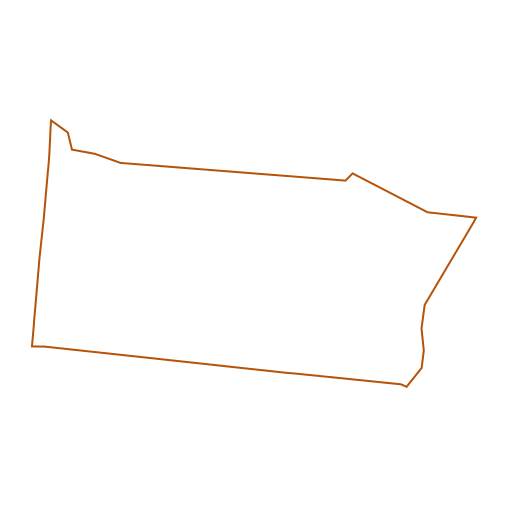 the district of Granville, North Carolina, United States of America, rotated 275°
{"feature_id": "52423323B28325681082817", "entity_name": "Granville", "entity_type": "district", "adm_level": 2, "iso_a3": "USA", "parent_name": "United States of America", "parent_adm1": "North Carolina", "projection": "mercator", "projection_center": [-78.632, 36.282], "detail": "fine", "context": "isolated", "style": "outline", "palette": "amber", "viewbox_px": 512, "rotation_deg": 275, "n_neighbors": 0, "source": "geoboundaries", "source_scale": "gbopen_adm2", "svg_char_len": 579}
<svg xmlns="http://www.w3.org/2000/svg" viewBox="0 0 512 512"><g transform="rotate(275 256 256)"><path d="M373.2,40.1L364.0,40.2L363.8,40.3L337.8,41.3L324.6,41.4L322.4,41.3L274.0,41.3L240.9,40.6L235.3,40.5L230.8,40.5L187.9,40.6L171.7,40.6L167.0,40.7L146.4,40.7L147.3,53.5L142.3,294.8L142.3,307.3L142.2,313.3L140.8,411.7L138.8,417.4L159.0,430.8L159.8,430.8L176.5,431.4L198.2,427.2L222.0,428.3L308.5,469.8L313.4,471.9L314.5,423.1L346.7,345.0L338.9,338.6L338.3,270.0L336.9,113.0L343.8,86.3L345.9,63.4L362.6,57.8L373.2,40.1Z" fill="none" stroke="#b45309" stroke-width="2"/></g></svg>